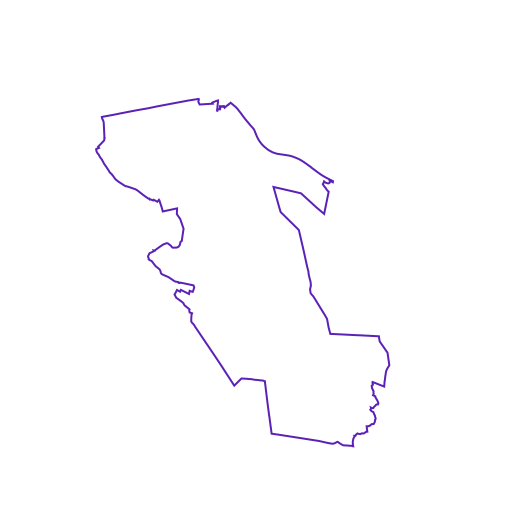 the district of Utrechtse Heuvelrug, Utrecht, Netherlands, rotated 228°
{"feature_id": "6326949B53566260910730", "entity_name": "Utrechtse Heuvelrug", "entity_type": "district", "adm_level": 2, "iso_a3": "NLD", "parent_name": "Netherlands", "parent_adm1": "Utrecht", "projection": "robinson", "projection_center": [5.38, 52.029], "detail": "fine", "context": "isolated", "style": "outline", "palette": "violet", "viewbox_px": 512, "rotation_deg": 228, "n_neighbors": 0, "source": "geoboundaries", "source_scale": "gbopen_adm2", "svg_char_len": 5860}
<svg xmlns="http://www.w3.org/2000/svg" viewBox="0 0 512 512"><g transform="rotate(228 256 256)"><path d="M386.9,339.7L386.9,336.9L387.1,336.9L387.2,331.9L388.9,332.5L390.0,331.0L389.6,330.8L390.1,330.4L390.4,330.3L390.5,330.3L391.1,329.9L391.3,329.7L390.5,329.2L390.8,328.9L389.9,328.2L390.0,328.1L389.1,327.4L390.8,325.6L389.8,324.5L390.1,324.3L392.1,326.6L393.6,328.2L395.9,330.8L396.5,331.4L397.1,331.8L397.3,331.3L397.8,330.2L399.1,326.7L399.2,326.1L398.1,325.8L406.3,315.5L409.2,316.3L410.5,318.2L411.1,318.5L417.1,309.3L433.0,283.2L437.9,274.8L443.8,265.4L449.2,256.5L451.8,252.1L452.9,250.4L453.5,249.3L455.5,245.9L456.4,244.4L462.5,234.5L461.5,233.9L461.3,233.7L459.8,233.3L458.8,233.0L457.5,232.4L455.3,230.7L447.0,223.9L445.8,222.9L445.0,222.5L445.1,222.2L443.5,220.6L442.8,211.6L441.4,211.6L442.4,208.7L441.9,208.4L441.2,207.9L440.2,207.4L439.3,207.2L438.5,207.0L436.9,207.0L434.5,206.4L433.3,206.2L430.7,206.0L430.3,205.8L428.7,205.5L426.5,204.9L423.7,204.5L423.1,204.5L420.8,204.1L418.4,203.8L417.7,203.6L416.5,203.4L415.4,203.3L413.7,203.5L411.6,203.4L407.1,202.9L403.8,203.4L396.2,205.4L394.9,206.0L393.7,206.9L392.9,207.4L386.2,211.1L384.3,211.7L378.2,212.8L376.8,213.0L371.5,214.2L370.2,214.7L369.9,214.8L369.9,215.0L369.3,214.9L369.3,215.1L368.9,215.4L368.0,215.7L367.9,215.9L366.1,216.7L366.0,216.8L366.2,217.6L362.3,219.0L362.7,221.5L361.9,221.4L361.4,221.2L359.1,220.1L356.0,218.8L352.5,217.1L351.5,216.5L344.2,229.2L340.1,225.2L334.1,224.4L324.7,220.4L319.6,214.2L317.1,211.2L316.9,211.1L317.0,209.8L316.9,209.1L316.4,208.5L315.1,206.5L314.9,205.8L314.8,204.9L314.7,204.7L315.0,203.6L315.2,202.9L317.6,200.0L318.0,199.7L318.4,199.6L319.1,199.5L320.5,199.6L321.2,199.5L324.0,199.0L324.6,198.8L325.1,198.4L325.6,197.5L325.6,197.4L326.6,194.9L326.7,194.3L326.9,193.1L327.3,189.9L327.8,185.1L327.8,184.5L327.7,184.3L328.0,184.2L328.3,183.9L328.6,183.7L328.0,183.5L328.0,183.4L328.0,183.0L328.5,181.2L329.2,179.1L329.3,178.7L329.2,178.3L328.8,177.6L328.6,176.9L328.4,176.3L328.0,175.6L327.7,175.3L327.3,175.1L325.9,174.7L325.3,174.0L324.7,174.2L324.1,174.2L322.1,175.1L317.4,174.7L315.5,174.6L314.8,174.7L313.3,175.0L310.6,175.4L309.2,175.1L307.2,174.1L306.4,173.8L305.9,173.8L305.5,173.9L304.5,174.3L304.1,174.4L299.0,176.8L291.7,178.6L290.7,179.2L288.5,180.9L287.9,180.5L286.9,181.2L286.7,182.1L286.3,182.4L276.0,189.9L274.0,189.1L272.5,186.6L271.7,185.0L272.6,184.4L274.5,183.4L272.6,180.8L281.1,177.5L280.3,175.6L283.6,174.6L282.3,171.1L282.1,170.5L281.9,169.7L278.4,168.8L271.3,170.3L269.6,170.5L268.2,170.1L267.0,169.9L264.5,170.3L262.2,170.7L261.9,170.8L260.8,170.9L260.2,169.9L258.4,168.9L256.2,170.2L255.5,168.8L254.6,167.9L253.9,167.1L253.0,166.2L250.6,164.0L249.1,163.8L247.1,163.9L245.9,163.8L244.0,163.4L213.3,159.1L198.7,157.0L174.2,153.1L174.7,163.2L170.6,167.3L169.1,168.6L168.1,169.7L167.4,170.3L165.4,171.8L165.1,172.0L162.9,174.1L160.5,176.2L160.3,176.4L158.7,177.9L157.1,178.6L156.9,178.8L156.4,178.5L156.3,178.3L156.1,178.1L153.6,176.4L148.5,172.8L136.5,164.4L127.7,158.4L126.6,157.7L113.5,148.7L109.1,152.4L93.9,164.8L76.3,179.1L68.8,184.4L65.5,187.0L64.8,188.0L64.5,188.5L64.1,189.5L63.5,192.0L63.3,192.3L62.9,192.5L61.0,192.8L57.2,194.0L56.7,194.4L54.1,197.0L52.4,198.6L51.2,199.8L50.9,200.1L49.8,200.6L49.5,200.9L51.0,201.8L52.1,202.7L53.2,203.6L54.0,204.6L55.0,206.0L55.7,207.5L55.8,208.1L55.9,209.1L56.4,209.1L55.9,209.8L56.1,210.3L56.3,210.8L56.3,212.2L56.2,212.7L55.9,212.8L55.1,213.3L53.9,214.3L53.8,214.5L53.7,214.7L53.7,215.0L53.5,215.5L53.5,215.9L53.1,216.3L52.4,216.8L52.1,217.3L51.8,218.4L51.8,219.5L51.3,220.7L51.4,220.8L51.0,221.2L55.4,224.3L55.1,224.6L54.4,225.6L54.1,225.9L54.0,226.1L54.0,226.8L53.6,227.3L53.6,227.6L53.7,229.1L53.6,229.6L52.5,230.8L52.4,230.9L52.4,231.1L52.7,231.8L53.1,233.1L54.0,234.4L54.6,234.8L54.7,235.5L55.1,236.1L55.5,236.4L56.4,236.7L57.8,237.6L59.6,238.0L60.6,238.5L61.4,238.8L62.0,238.6L63.3,238.0L65.3,238.1L65.4,238.9L65.6,239.3L66.2,239.9L66.4,240.0L65.6,240.3L64.9,240.8L64.6,241.3L64.5,241.5L64.7,242.0L64.9,242.5L64.9,244.7L65.1,245.7L65.0,246.2L64.6,247.0L64.1,247.3L64.4,248.0L64.8,248.5L66.5,249.2L68.3,249.7L69.7,249.9L71.1,250.2L71.6,250.5L71.9,250.8L74.2,249.8L74.7,251.0L74.9,251.3L75.8,251.8L76.1,252.1L76.5,252.6L76.9,252.9L77.5,253.1L77.9,253.0L78.5,253.4L78.8,253.5L79.8,253.6L80.5,254.1L81.6,254.7L82.1,255.1L82.2,255.3L82.2,255.6L82.0,256.3L82.2,256.7L82.4,257.0L83.0,257.2L83.8,257.7L84.3,258.1L84.4,258.3L73.2,263.9L77.1,268.0L77.2,268.3L80.1,271.6L81.1,272.9L82.3,274.3L82.9,275.1L83.7,276.4L84.1,277.2L84.7,278.9L85.6,282.0L95.5,288.6L96.1,289.0L96.7,289.1L109.4,290.7L110.0,290.9L112.5,292.5L114.1,293.6L126.7,281.0L130.6,277.0L138.5,269.1L148.4,259.1L154.4,262.2L159.9,265.6L161.6,266.6L162.1,266.8L162.6,266.9L166.4,267.7L186.5,271.4L187.6,271.6L191.0,271.6L191.8,271.7L195.1,273.9L196.4,275.8L197.5,277.2L198.6,278.0L200.5,279.4L203.6,280.9L207.3,283.0L208.5,283.9L209.3,284.5L213.9,286.9L227.4,294.6L246.4,305.1L247.0,305.2L270.9,303.8L271.7,303.7L272.8,304.0L278.2,306.6L295.6,315.2L278.1,327.5L272.4,331.4L251.8,333.4L241.7,334.8L255.1,353.0L256.7,352.9L257.7,352.9L260.4,353.3L262.1,353.3L264.7,353.7L264.8,354.4L265.9,356.5L264.7,356.6L263.7,356.9L262.4,357.6L261.6,358.4L261.3,358.7L261.2,359.2L261.2,359.4L261.2,359.8L261.6,360.4L261.8,360.7L262.5,361.0L262.1,361.4L259.4,362.4L260.1,363.3L267.3,360.5L269.7,359.7L272.3,358.9L276.3,358.0L284.7,356.3L284.8,356.4L285.2,356.3L285.8,356.2L293.1,354.6L297.1,353.5L299.8,352.5L303.4,350.8L305.5,349.7L307.5,348.5L309.7,346.8L317.6,340.3L319.1,339.3L320.9,338.3L322.0,337.7L322.8,337.4L324.0,337.0L326.3,336.2L328.3,335.8L330.9,335.4L332.7,335.2L335.3,335.1L338.9,335.4L341.1,335.8L344.1,336.6L346.4,337.4L348.0,338.0L349.9,338.7L351.1,339.1L352.4,339.3L356.7,339.3L365.0,339.6L369.5,340.0L372.5,340.3L378.1,340.7L380.4,340.6L386.9,339.7Z" fill="none" stroke="#5b21b6" stroke-width="2"/></g></svg>